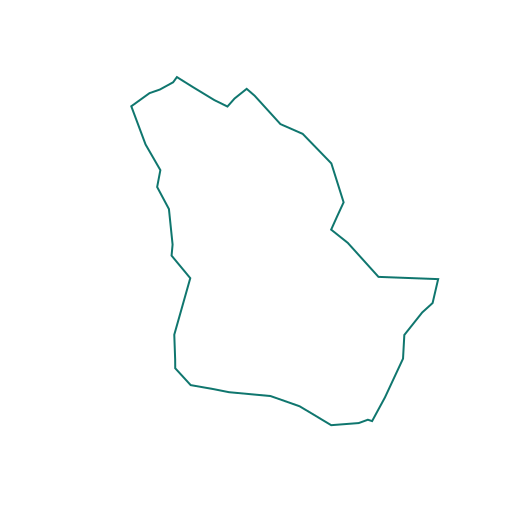 O'ndorshireet, Töv, Mongolia, rotated 27°
{"feature_id": "93677404B29580172170474", "entity_name": "O'ndorshireet", "entity_type": "district", "adm_level": 2, "iso_a3": "MNG", "parent_name": "Mongolia", "parent_adm1": "Töv", "projection": "orthographic", "projection_center": [104.989, 47.437], "detail": "fine", "context": "isolated", "style": "outline", "palette": "teal", "viewbox_px": 512, "rotation_deg": 27, "n_neighbors": 0, "source": "geoboundaries", "source_scale": "gbopen_adm2", "svg_char_len": 714}
<svg xmlns="http://www.w3.org/2000/svg" viewBox="0 0 512 512"><g transform="rotate(27 256 256)"><path d="M428.8,193.9L374.6,219.0L332.5,202.9L332.1,202.7L311.0,198.4L310.3,183.9L309.7,168.4L281.1,139.3L242.2,126.0L217.9,127.4L182.0,113.8L171.8,111.3L165.4,125.4L162.7,135.8L148.2,136.0L122.6,134.1L104.3,132.5L103.3,138.8L94.8,151.3L87.2,159.2L76.9,179.2L107.0,206.8L131.8,222.9L136.6,239.4L157.1,253.7L176.5,283.7L180.6,294.0L207.5,305.6L218.9,363.2L231.0,385.0L235.0,392.7L256.4,400.7L278.9,393.8L293.8,389.6L332.5,374.2L363.1,370.1L399.8,372.6L423.4,358.2L430.0,351.1L434.4,350.4L435.1,323.5L433.6,280.7L424.0,259.0L429.7,230.9L434.7,217.7L428.8,193.9Z" fill="none" stroke="#0f766e" stroke-width="2"/></g></svg>